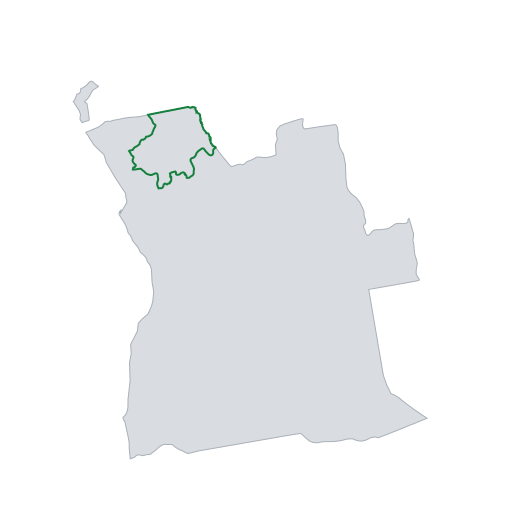 location of Uíge within Angola, rotated 350°
{"feature_id": "AGO-1881", "entity_name": "Uíge", "entity_type": "Province", "adm_level": 1, "iso_a3": "AGO", "parent_name": "Angola", "parent_adm1": "", "projection": "robinson", "projection_center": [15.52, -7.131], "detail": "fine", "context": "in_parent", "style": "outline", "palette": "green", "viewbox_px": 512, "rotation_deg": 350, "n_neighbors": 0, "source": "natural_earth", "source_scale": "10m", "svg_char_len": 8394}
<svg xmlns="http://www.w3.org/2000/svg" viewBox="0 0 512 512"><g transform="rotate(350 256 256)"><path d="M413.2,245.6L413.7,249.5L414.3,254.8L414.6,258.7L415.0,260.4L415.2,261.3L414.7,262.3L414.3,264.7L413.6,266.7L413.1,268.2L413.5,270.8L412.8,278.6L412.7,282.4L413.6,289.3L413.5,291.4L411.3,297.7L410.7,300.9L410.6,302.5L412.7,307.2L412.6,308.1L410.9,308.4L409.5,308.5L361.2,308.5L360.7,388.9L360.7,395.7L362.1,404.8L364.9,414.7L366.0,415.6L368.8,417.4L372.8,421.1L375.0,423.9L379.5,428.8L385.4,435.0L396.2,445.5L359.7,453.3L345.6,456.1L344.4,456.1L342.3,455.0L337.9,454.8L332.6,456.3L328.4,456.7L325.3,456.0L322.3,454.7L319.4,452.8L314.2,452.1L307.0,452.6L300.0,452.2L293.2,451.0L288.4,450.5L285.5,450.7L282.4,450.3L279.1,449.2L276.3,447.3L273.0,443.4L270.4,439.7L269.7,439.1L268.9,438.5L268.1,438.4L253.6,438.2L165.6,438.0L155.4,438.7L154.6,438.5L153.4,438.1L152.5,437.2L149.6,435.1L147.1,433.5L143.7,430.7L141.4,427.8L139.6,426.8L136.3,426.3L133.8,425.7L131.8,425.6L128.2,427.0L125.6,428.4L123.7,429.8L120.4,431.3L117.6,432.9L112.7,432.7L111.7,432.9L109.0,432.8L106.4,431.4L103.8,431.6L101.0,433.3L96.9,433.9L97.8,422.8L98.7,417.8L98.7,411.9L98.1,396.6L97.3,394.5L96.8,392.1L99.4,390.2L100.7,388.8L102.4,386.2L103.6,382.7L105.1,374.8L110.4,356.8L112.9,339.1L116.1,330.8L117.2,321.4L126.2,309.3L128.4,301.8L133.0,298.2L139.6,294.3L144.3,287.4L146.5,282.6L149.1,273.4L149.1,263.8L150.7,251.0L150.3,247.3L147.9,242.2L147.4,238.6L145.1,235.0L142.7,232.3L141.5,227.4L137.3,219.8L136.1,214.7L134.1,211.1L133.7,206.6L132.6,201.8L130.6,197.1L128.5,191.7L128.5,190.0L129.8,188.0L131.0,187.3L130.6,188.4L129.8,189.6L130.0,190.5L137.9,181.1L138.4,179.2L138.1,177.2L138.1,174.6L138.4,171.7L130.9,154.3L124.9,138.1L123.9,129.9L116.0,119.1L112.9,112.1L111.1,107.2L109.8,105.4L110.3,104.4L112.3,104.2L116.8,103.1L123.0,101.8L128.7,99.0L130.2,97.7L133.3,97.5L136.3,98.2L137.5,97.7L138.1,97.6L145.3,97.6L148.4,97.4L153.9,97.5L157.5,97.7L159.5,98.0L164.9,98.5L171.6,98.4L174.0,98.2L182.9,98.0L199.5,97.7L208.1,97.7L214.8,97.7L217.8,98.8L220.5,100.7L221.8,102.5L222.4,103.2L223.2,105.1L224.7,106.6L225.2,108.8L224.8,111.9L225.0,115.6L225.9,120.0L227.7,124.5L230.5,129.3L231.7,133.1L231.3,135.9L232.2,138.8L234.2,142.0L235.7,143.6L236.6,144.9L238.9,149.7L246.5,163.0L247.6,163.7L249.3,163.5L252.8,162.9L256.3,162.8L258.8,164.0L259.8,163.8L263.5,161.5L267.3,160.8L271.2,159.8L273.2,158.9L275.5,158.9L281.9,160.7L283.1,160.8L288.3,160.8L293.4,159.8L294.2,152.1L294.2,150.6L295.5,147.7L297.1,145.2L297.3,142.8L297.2,139.5L298.3,135.5L301.8,132.3L307.4,130.8L310.6,130.5L315.6,129.7L323.2,128.8L326.0,128.9L326.2,129.3L324.6,134.8L324.6,136.6L325.1,138.5L326.4,139.4L341.6,139.7L356.2,140.3L357.0,140.5L357.6,140.9L358.5,143.7L358.3,149.0L356.9,156.8L357.4,164.1L359.8,170.8L360.0,181.3L358.0,195.3L357.5,204.2L358.7,207.9L361.0,211.7L364.7,215.8L367.5,221.0L369.4,227.5L370.1,231.6L369.6,233.2L369.6,236.1L370.2,240.3L369.5,243.0L367.5,244.3L366.8,246.2L367.8,249.8L368.0,253.0L369.4,255.1L370.3,255.2L372.3,254.1L374.8,251.9L376.7,251.0L379.4,251.1L383.3,251.7L390.1,252.0L392.2,251.6L398.5,248.7L400.1,248.5L402.6,248.7L406.2,249.6L409.7,249.8L411.5,248.9L411.7,247.7L412.2,246.2L413.2,245.6ZM130.3,61.4L129.9,61.9L127.0,63.2L124.0,64.4L119.9,69.4L117.9,71.5L117.3,72.1L115.5,73.3L114.1,74.3L114.2,74.9L115.1,75.5L116.0,76.6L115.9,84.7L115.5,92.7L115.0,93.4L112.5,93.7L109.1,94.2L108.0,94.6L107.6,93.8L106.4,90.9L107.1,88.1L107.8,86.0L107.0,81.8L105.3,78.0L103.4,73.2L102.8,72.3L104.4,70.8L106.7,67.4L107.7,65.6L110.4,65.2L111.4,64.0L112.1,62.1L112.4,60.9L115.4,60.0L119.1,58.3L121.1,56.5L123.1,55.4L124.4,55.3L125.3,55.8L127.7,58.9L129.7,60.9L130.3,61.4Z" fill="#d9dde1" stroke="#a8b0b8" stroke-width="1"/><path d="M214.8,97.4L215.4,97.6L215.9,97.9L216.3,98.2L216.9,98.6L217.3,98.7L217.7,98.6L218.5,98.3L219.0,98.2L219.5,98.2L220.0,98.4L221.0,98.8L222.1,99.5L221.7,100.2L221.7,100.4L221.9,100.8L222.1,101.1L222.1,101.3L222.2,103.2L222.3,103.5L222.7,103.4L222.9,103.3L223.0,103.6L222.5,104.4L223.0,104.4L223.3,104.7L223.7,105.4L224.1,105.6L224.4,105.7L224.7,105.9L224.8,106.3L225.2,106.8L225.5,107.3L225.4,107.7L225.2,108.1L225.2,108.5L225.2,110.7L225.2,111.0L225.3,111.2L225.4,111.5L225.3,111.8L225.2,111.9L224.9,111.9L224.7,112.0L224.6,112.3L224.6,113.5L224.8,113.9L225.0,114.0L225.1,113.9L225.3,114.0L225.3,114.4L225.2,114.7L224.9,115.2L224.9,115.4L225.5,115.5L225.3,115.9L225.3,116.2L225.5,116.5L225.8,116.8L226.0,117.1L226.0,117.4L225.7,118.0L225.6,118.5L225.7,119.0L226.0,120.0L226.2,120.5L226.2,121.6L226.3,122.1L226.5,122.6L228.0,124.9L228.1,125.3L228.1,125.8L228.2,126.2L228.5,126.5L228.8,126.6L229.4,126.7L229.7,126.7L230.4,127.2L230.7,128.0L230.9,129.6L230.8,129.8L230.7,130.0L230.7,130.3L231.0,130.4L231.2,130.5L231.4,130.7L231.5,130.9L231.7,131.2L231.9,131.7L231.8,132.1L231.6,132.6L231.6,133.3L230.7,133.0L230.7,133.8L231.2,135.7L231.2,137.3L231.3,137.5L231.5,137.7L231.9,138.1L232.3,138.8L232.3,139.2L232.3,139.7L232.5,140.0L233.2,140.3L234.0,141.0L234.7,141.4L235.0,141.6L235.1,142.1L235.1,142.4L233.6,143.0L232.6,143.8L232.4,144.1L232.1,144.7L232.0,145.2L231.9,146.3L231.8,147.0L231.4,147.8L230.9,148.5L230.3,148.8L229.7,149.0L229.1,149.0L228.5,148.9L228.0,148.6L227.4,148.1L226.9,147.5L224.3,143.6L223.7,142.2L223.4,141.5L222.9,141.1L222.3,140.8L221.9,140.7L221.3,140.8L217.3,142.7L215.5,144.1L213.9,146.7L212.3,148.0L211.5,148.3L210.2,148.4L209.4,148.7L208.5,149.3L208.2,150.0L208.1,150.7L208.2,151.5L209.8,157.1L210.0,158.6L210.1,159.3L210.0,159.9L209.8,160.4L209.4,161.5L208.9,164.2L207.8,165.4L207.4,165.7L205.4,166.4L204.4,167.1L203.7,167.3L203.0,167.3L201.4,167.0L201.4,165.8L201.3,164.3L200.8,163.8L200.2,163.7L199.9,163.2L200.0,162.7L200.4,162.4L200.3,162.2L199.9,161.8L199.3,161.2L199.2,161.1L198.6,161.0L198.0,161.0L196.8,161.2L196.2,161.5L195.2,162.2L194.6,162.4L193.8,162.5L192.9,162.4L192.0,162.2L191.5,161.6L191.4,160.9L191.6,160.2L191.7,159.6L191.2,158.8L190.7,158.8L187.9,159.0L186.2,159.4L185.5,159.9L185.8,160.8L185.7,161.2L185.7,161.4L185.4,161.9L185.3,162.5L185.3,162.8L185.3,163.0L185.5,163.0L185.7,162.9L185.8,162.9L186.0,163.0L186.3,163.5L186.3,163.8L186.2,164.2L186.0,164.4L185.9,165.1L185.8,166.1L185.7,166.5L185.6,166.8L185.4,167.3L185.3,167.5L185.2,167.5L184.9,167.6L184.7,167.9L184.7,168.1L184.2,168.2L184.1,168.3L183.9,168.5L183.8,168.9L183.7,169.4L183.6,169.5L183.3,169.5L183.0,169.4L182.9,169.4L182.4,169.4L182.1,169.4L181.9,169.5L181.3,169.9L181.1,170.0L180.9,170.0L180.6,170.0L180.5,169.9L180.3,169.8L180.3,169.7L180.2,169.6L180.0,169.4L179.8,169.3L179.5,169.1L179.3,169.1L179.1,169.1L178.8,169.0L178.6,168.9L178.3,169.0L178.1,169.1L177.7,169.5L177.5,169.8L177.3,170.0L177.0,170.9L176.9,171.2L176.5,171.6L176.1,172.1L175.9,172.4L175.8,172.5L175.1,172.7L174.7,172.8L174.3,172.8L173.5,172.6L172.9,172.4L172.5,172.4L171.8,172.5L171.2,170.0L171.1,168.9L171.2,167.7L171.4,166.9L171.7,166.1L172.8,164.1L173.0,163.4L173.2,158.6L173.0,158.0L172.6,157.5L171.3,157.1L167.7,158.0L166.8,158.0L166.2,157.9L165.4,157.6L163.4,156.6L162.7,156.1L162.0,155.5L160.5,153.3L158.7,151.4L158.3,150.7L157.8,150.2L157.0,149.9L151.7,149.8L149.8,149.5L150.3,148.0L150.5,147.6L151.1,147.4L151.8,147.4L152.1,147.3L152.3,147.2L152.8,146.6L153.0,146.3L153.3,146.2L153.4,145.9L153.4,145.6L153.1,145.1L152.2,144.1L151.8,143.4L151.0,141.6L151.0,140.5L151.3,139.7L152.5,137.7L152.5,137.0L152.2,136.5L151.7,136.0L151.1,135.3L150.7,134.5L150.0,132.3L149.2,130.6L149.7,130.3L150.4,130.2L150.6,130.2L150.8,130.2L151.1,130.2L152.5,130.2L152.8,130.1L153.0,130.1L153.3,129.8L153.4,129.5L153.5,129.4L154.1,129.0L154.2,128.9L154.4,128.6L154.5,128.5L154.8,128.3L155.7,127.8L156.8,127.5L158.2,127.0L160.5,125.8L160.8,125.5L161.0,124.6L161.1,124.3L161.2,124.2L161.5,123.9L161.6,123.7L161.8,123.3L162.1,122.8L163.1,122.0L163.4,121.8L163.5,121.7L163.8,121.7L164.1,121.8L164.5,121.7L165.2,121.8L165.3,121.9L165.5,121.8L167.2,121.1L167.4,121.0L167.5,120.9L168.0,120.0L168.4,119.5L170.4,119.5L172.0,119.2L173.0,118.8L174.6,117.9L175.0,117.6L175.2,117.0L175.4,116.4L176.5,114.8L176.6,114.6L177.7,112.7L177.8,112.5L178.4,112.0L178.6,111.9L179.5,110.4L179.7,109.5L179.2,109.0L177.9,107.5L177.6,106.5L177.0,103.6L176.6,102.7L174.7,99.4L174.3,98.2L175.2,98.2L177.6,98.1L180.0,98.1L182.4,98.0L184.7,98.0L187.1,97.9L189.5,97.9L191.9,97.8L194.2,97.8L196.6,97.8L199.0,97.7L201.4,97.7L203.8,97.6L206.1,97.6L208.5,97.5L209.2,97.5L210.9,97.5L213.3,97.4L214.8,97.4Z" fill="none" stroke="#15803d" stroke-width="2"/></g></svg>